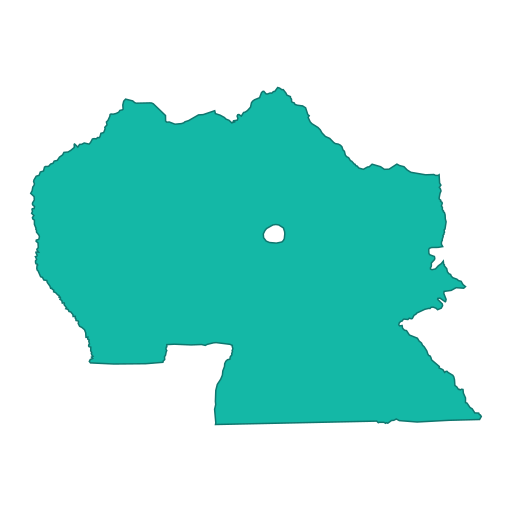 Kamonia, Kasaï-Occidental, Democratic Republic of the Congo (orthographic projection)
{"feature_id": "63176286B40120828568077", "entity_name": "Kamonia", "entity_type": "district", "adm_level": 2, "iso_a3": "COD", "parent_name": "Democratic Republic of the Congo", "parent_adm1": "Kasaï-Occidental", "projection": "orthographic", "projection_center": [20.742, -6.517], "detail": "fine", "context": "isolated", "style": "filled", "palette": "teal", "viewbox_px": 512, "rotation_deg": 0, "n_neighbors": 0, "source": "geoboundaries", "source_scale": "gbopen_adm2", "svg_char_len": 5966}
<svg xmlns="http://www.w3.org/2000/svg" viewBox="0 0 512 512"><path d="M32.4,217.6L32.8,219.0L34.4,220.1L34.4,224.3L36.0,228.3L35.8,229.2L36.5,230.3L36.5,232.1L39.0,235.3L39.4,236.7L39.0,238.7L38.5,239.4L36.3,240.1L36.1,241.3L38.0,242.9L38.3,247.6L36.9,249.2L36.9,249.9L38.6,252.2L36.1,252.0L35.9,252.7L37.2,255.3L36.8,256.2L35.4,256.6L36.7,259.4L35.5,260.9L35.6,262.9L36.1,263.9L37.3,264.2L37.7,265.0L37.0,265.7L36.8,268.5L37.2,270.1L38.1,270.9L40.6,276.7L42.5,277.4L43.8,280.0L46.8,280.5L47.3,282.5L50.0,286.2L50.6,288.3L51.7,288.2L52.2,289.2L53.8,290.2L53.6,291.8L55.6,292.6L57.7,294.9L59.1,295.5L59.1,297.3L60.3,297.2L60.5,298.1L59.9,299.3L61.8,300.5L62.3,303.1L64.0,302.8L64.4,303.6L64.1,304.7L66.5,307.7L65.8,308.7L68.0,309.4L69.0,311.5L70.7,311.9L72.9,314.5L73.1,316.5L75.3,316.4L75.2,318.1L75.8,318.5L76.0,320.5L78.0,320.9L78.6,321.7L78.2,323.5L79.6,326.3L81.8,327.4L84.5,329.7L85.7,332.8L86.0,337.3L87.9,337.1L87.6,338.6L87.9,339.3L89.2,340.0L88.8,341.2L89.5,344.0L88.9,344.5L88.6,345.9L89.1,346.7L90.8,347.1L90.7,350.8L91.7,352.5L91.3,353.5L92.1,355.4L93.0,356.3L91.5,357.1L92.7,358.5L90.3,359.5L89.3,361.4L90.5,362.9L113.9,364.0L145.7,363.7L162.9,362.3L163.3,360.9L164.7,359.6L164.5,356.7L165.5,355.3L166.2,351.7L166.8,350.6L165.9,349.1L166.3,347.0L166.8,346.8L166.8,344.6L174.3,344.2L191.1,344.9L201.6,344.5L205.3,345.4L207.1,344.4L213.6,342.8L216.2,342.6L229.9,344.3L232.3,345.4L232.2,346.4L232.9,348.7L232.1,350.7L232.5,351.6L231.7,353.5L231.9,354.8L230.3,356.7L229.9,359.2L227.5,359.7L225.8,361.3L224.7,363.7L224.5,366.5L222.8,371.0L222.4,375.1L220.7,379.2L217.3,384.4L215.8,390.4L215.4,401.4L215.7,404.6L214.6,409.3L215.8,422.9L215.5,424.5L376.7,421.1L378.3,422.7L379.4,422.3L383.9,422.3L385.6,423.3L386.3,422.7L387.8,423.2L391.5,420.5L393.8,420.3L396.3,419.0L399.3,420.6L417.1,422.0L448.7,420.3L479.6,419.5L481.3,416.5L480.4,415.0L479.4,414.6L478.7,413.1L474.8,412.9L472.2,408.8L470.0,407.5L467.0,403.1L465.5,402.6L465.5,397.9L463.4,393.2L463.0,389.5L461.7,389.2L460.1,389.9L459.3,389.3L458.5,389.4L456.7,386.8L454.9,385.5L454.5,379.8L453.8,376.9L452.8,375.3L448.0,372.4L447.0,371.3L445.9,371.4L444.6,372.4L442.9,369.7L439.1,367.9L439.3,366.5L431.6,359.9L430.8,357.2L430.0,355.9L428.8,355.5L427.9,354.2L426.8,350.9L424.2,346.8L422.5,345.2L421.5,343.0L419.1,341.0L417.4,338.2L409.4,335.0L406.5,330.6L404.5,330.2L402.6,328.3L402.1,325.5L399.7,325.9L398.7,324.8L399.3,322.8L400.9,321.3L402.0,321.1L403.3,319.4L404.1,319.1L407.9,319.5L409.2,318.2L411.3,318.8L412.3,318.5L414.1,315.2L415.8,314.3L416.9,313.0L424.8,309.3L428.6,308.4L430.0,308.5L431.1,307.3L433.1,307.1L436.0,308.2L437.6,309.7L441.2,308.2L442.6,305.7L442.3,303.9L437.6,299.3L437.8,298.4L439.9,298.1L445.2,301.8L445.7,301.3L446.1,299.3L443.8,293.5L444.1,291.4L451.2,290.4L456.1,287.7L463.7,288.2L465.5,286.6L463.0,284.6L461.1,281.3L458.5,280.6L456.9,279.2L452.8,277.7L451.3,276.2L450.6,274.5L448.9,273.7L447.4,271.8L446.7,268.6L444.3,265.8L444.4,264.9L443.7,264.3L443.3,261.1L441.3,263.6L438.3,265.8L435.5,268.9L432.0,269.7L430.5,269.1L430.4,267.8L431.2,266.6L431.4,265.2L431.3,263.1L434.5,259.6L434.8,258.3L434.4,256.5L429.9,254.8L428.9,253.5L428.7,249.5L429.4,248.3L431.5,247.5L438.0,247.4L442.7,246.6L441.4,244.2L441.5,241.8L442.3,240.4L442.3,239.0L443.2,236.6L442.9,235.6L444.0,234.1L443.9,233.2L444.5,232.3L444.1,229.9L445.0,229.1L446.1,221.8L445.3,218.9L445.1,214.9L444.4,212.5L443.3,211.7L443.5,211.0L442.3,209.6L442.4,207.3L441.4,206.1L442.3,203.1L441.9,202.2L440.6,201.4L440.8,200.3L439.4,199.2L439.1,198.2L440.0,193.4L441.0,191.0L440.4,188.9L439.3,187.3L440.9,185.1L439.6,183.1L439.1,174.8L438.3,175.4L437.2,175.4L435.5,175.4L433.8,174.5L425.6,174.8L410.9,172.3L407.2,170.0L404.0,166.7L399.4,165.5L396.9,164.1L389.0,169.2L384.3,169.3L380.6,166.7L372.1,164.2L369.2,166.8L367.5,167.0L363.3,169.3L358.8,168.0L357.1,166.0L355.8,165.7L355.1,164.3L354.4,164.2L351.7,161.2L350.5,160.7L348.6,157.7L346.5,156.6L345.3,155.0L344.4,151.3L342.9,149.8L341.9,146.7L340.4,145.2L338.3,144.1L335.3,143.6L333.7,142.5L329.7,138.4L325.4,136.5L321.9,132.8L320.3,129.9L318.0,127.5L311.9,123.7L310.2,121.9L308.1,117.4L309.2,115.7L307.8,114.6L305.6,107.8L302.6,105.9L297.3,105.2L295.1,104.5L294.2,102.9L292.2,102.2L291.6,101.5L291.5,99.2L290.5,97.8L290.4,96.6L286.9,95.1L285.9,93.0L283.2,89.6L281.9,89.7L279.6,88.1L277.7,87.5L274.8,91.4L273.4,91.6L271.7,93.2L270.1,93.0L267.5,94.0L266.1,93.9L263.8,91.3L262.8,91.4L261.5,92.6L259.6,97.7L254.5,99.8L252.7,101.1L251.5,102.7L250.5,107.2L247.4,110.6L245.2,112.1L243.6,112.5L241.3,116.1L238.9,114.5L237.8,114.7L237.1,116.1L237.9,118.5L237.2,120.2L233.5,120.8L233.2,121.5L234.7,121.4L234.7,121.9L231.8,122.9L229.0,120.3L226.0,119.1L224.4,117.5L220.2,115.2L215.4,113.6L214.7,110.7L203.2,114.6L198.5,114.9L188.6,120.6L184.9,121.8L183.8,122.8L181.4,123.6L175.0,124.2L169.3,122.0L166.7,122.2L165.6,121.0L165.5,115.5L153.3,103.8L151.6,103.0L149.9,102.9L136.3,103.2L134.8,102.7L132.7,100.9L125.6,99.1L123.7,101.2L122.8,105.0L123.1,109.1L122.5,109.8L119.9,110.4L118.7,112.2L116.0,113.5L113.1,114.2L111.0,114.0L110.1,114.5L109.8,116.4L107.9,120.5L106.4,122.0L107.0,124.9L104.8,127.3L105.1,128.8L104.0,131.8L103.5,132.6L100.9,133.3L100.0,136.7L99.1,137.7L97.7,137.5L96.2,138.8L94.0,138.6L92.4,139.0L90.6,142.4L89.1,144.1L84.2,143.0L81.7,144.3L79.6,144.4L77.8,147.1L74.6,144.0L74.2,144.3L74.3,147.4L71.0,150.2L68.1,152.0L63.9,152.4L62.6,154.9L59.5,157.1L57.3,160.4L54.2,161.1L53.0,163.3L50.7,164.0L48.5,166.4L45.5,166.5L44.5,167.1L43.5,171.0L40.3,172.0L39.1,175.3L36.2,176.2L34.0,179.9L33.6,181.5L34.4,183.8L34.0,185.4L32.8,187.0L32.1,190.8L30.7,193.4L34.1,196.6L34.3,200.0L32.6,202.8L32.4,203.9L32.7,204.9L34.5,206.5L34.1,208.6L32.3,208.7L32.0,209.5L32.5,211.5L31.6,213.3L33.9,215.5L32.4,217.6ZM276.4,243.1L269.5,242.5L266.2,241.1L263.6,237.7L263.3,233.9L264.9,230.6L266.6,228.5L270.1,226.5L273.0,224.9L275.8,224.5L278.7,224.9L283.4,227.9L284.6,231.6L284.8,233.9L284.3,238.7L283.3,240.6L281.8,242.0L276.4,243.1Z" fill="#14b8a6" stroke="#0f766e" stroke-width="1.5"/></svg>